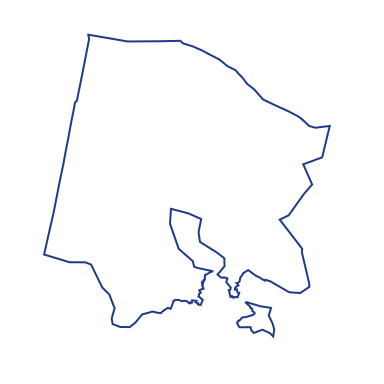 Odogbolu, Ogun, Nigeria, rotated 101°
{"feature_id": "59680162B50359341822283", "entity_name": "Odogbolu", "entity_type": "district", "adm_level": 2, "iso_a3": "NGA", "parent_name": "Nigeria", "parent_adm1": "Ogun", "projection": "robinson", "projection_center": [3.89, 6.792], "detail": "fine", "context": "isolated", "style": "outline", "palette": "blue", "viewbox_px": 384, "rotation_deg": 101, "n_neighbors": 0, "source": "geoboundaries", "source_scale": "gbopen_adm2", "svg_char_len": 4914}
<svg xmlns="http://www.w3.org/2000/svg" viewBox="0 0 384 384"><g transform="rotate(101 192 192)"><path d="M57.4,323.8L61.6,322.2L64.5,322.2L91.9,322.2L108.6,322.3L123.3,322.4L124.3,322.4L126.5,323.9L134.3,323.8L145.0,323.9L164.0,323.7L171.8,323.8L190.2,323.6L201.1,323.8L212.6,323.9L238.3,323.9L243.6,324.1L265.5,324.8L276.6,325.1L281.6,325.3L284.3,298.8L281.4,283.3L282.5,277.2L302.8,261.9L308.5,253.5L320.9,245.8L331.5,246.7L336.8,244.7L338.2,236.8L336.5,227.3L331.0,222.7L321.6,217.5L318.8,211.6L316.9,208.1L317.1,202.7L316.9,199.5L315.2,198.4L313.8,197.1L311.3,194.7L310.3,193.4L310.5,192.3L310.5,192.0L310.8,190.7L310.1,190.5L308.5,190.2L306.8,189.9L304.5,189.6L302.3,189.4L302.3,188.9L302.1,188.6L301.5,188.2L301.1,187.9L300.9,187.1L300.7,185.8L300.6,184.6L300.6,183.7L300.8,182.4L301.1,181.2L300.8,180.0L300.3,179.3L300.2,178.4L300.1,177.3L300.2,176.8L300.2,176.3L300.3,175.9L300.4,175.7L300.5,175.6L300.8,175.3L300.9,175.2L301.0,175.0L301.1,174.6L301.2,174.3L301.3,174.0L301.3,173.6L301.3,173.2L301.7,173.2L301.6,172.5L301.3,172.5L301.0,172.6L300.7,172.6L300.7,172.0L300.7,171.5L300.7,171.1L299.8,171.1L298.3,171.2L298.3,170.7L298.2,170.2L298.2,169.6L298.2,169.1L298.1,168.6L298.0,167.9L298.0,167.2L298.1,167.3L298.3,167.3L298.8,167.4L299.5,167.6L299.6,167.2L299.7,166.9L299.8,166.6L299.9,166.1L299.9,165.8L300.0,165.6L300.1,165.3L300.0,165.0L300.0,164.7L300.3,164.6L301.2,164.7L301.3,164.3L301.3,163.9L301.3,163.6L301.3,163.2L301.2,162.7L301.2,162.3L301.2,162.0L301.2,161.9L300.8,161.8L300.7,161.8L300.1,161.7L299.4,161.6L298.9,161.5L298.2,161.3L297.5,161.2L297.1,161.1L296.3,161.0L295.6,160.9L295.3,161.8L295.1,162.5L294.8,162.9L294.2,163.6L294.0,164.1L293.7,164.6L293.5,165.6L293.3,165.5L293.0,165.5L292.8,165.5L292.5,165.5L292.4,165.5L292.1,165.5L291.9,165.5L291.7,165.5L291.3,165.5L290.7,165.5L290.4,165.5L290.1,165.2L289.8,164.9L289.5,164.5L289.4,164.4L289.3,164.2L289.2,164.1L288.9,164.3L288.4,164.8L287.9,165.2L287.1,166.1L286.6,165.4L286.2,164.9L285.8,164.3L285.1,163.2L284.9,162.7L284.8,162.2L284.2,162.4L283.8,162.7L282.2,163.9L281.9,164.1L281.8,163.9L281.5,163.7L281.1,163.9L280.8,163.9L280.4,163.8L280.0,163.8L280.0,164.2L280.0,164.5L279.5,164.6L279.3,164.8L279.2,165.0L278.9,164.9L278.7,164.9L278.2,164.9L278.2,164.7L278.2,164.4L278.3,164.3L278.1,164.3L277.7,164.2L277.4,164.0L277.0,163.9L276.7,163.8L276.9,163.6L277.2,163.3L276.4,163.0L275.7,162.8L275.2,162.8L275.0,162.7L274.4,162.9L273.7,163.1L272.9,163.1L271.9,163.3L271.0,163.5L270.2,162.2L268.5,160.2L268.2,159.6L267.4,159.3L265.8,156.1L265.5,171.8L264.9,175.7L259.8,177.9L250.3,194.2L227.2,207.6L212.5,209.4L213.7,191.3L216.8,177.8L230.2,177.9L239.5,174.6L243.5,164.3L246.7,155.9L250.9,147.6L258.7,145.9L268.2,151.2L270.4,147.2L270.3,146.6L270.3,145.3L269.7,144.3L269.8,143.1L269.9,140.9L270.1,140.8L271.3,140.8L271.8,140.9L272.8,141.1L274.1,141.0L274.7,140.3L275.6,139.1L276.8,137.7L277.7,136.5L278.6,135.6L279.0,135.7L279.3,135.8L279.7,135.8L280.0,135.8L280.6,135.9L281.0,135.9L281.1,136.4L281.3,136.9L281.4,137.2L281.9,136.9L282.1,136.8L282.5,136.6L283.2,136.3L283.5,136.1L284.0,135.8L284.3,135.6L284.7,135.4L285.0,135.4L285.6,135.2L286.1,135.0L286.6,134.7L287.0,134.5L286.7,133.6L287.5,133.9L287.3,132.2L287.5,132.1L287.4,131.4L287.8,131.2L287.5,130.3L286.9,130.2L286.8,129.5L286.8,128.7L286.7,127.7L286.6,127.1L285.7,127.1L284.0,126.7L282.0,126.4L281.8,128.2L280.8,128.6L280.2,128.9L279.0,129.5L279.6,131.1L279.4,131.1L279.0,131.2L278.9,131.4L278.6,131.4L278.3,131.5L278.0,131.4L277.8,131.3L277.6,131.3L277.5,131.2L277.1,131.0L276.2,130.2L275.6,129.5L274.8,128.6L273.8,129.8L273.2,130.5L273.2,130.4L272.3,129.6L271.7,129.0L271.3,128.7L271.0,128.4L270.5,128.2L270.1,128.2L269.5,128.2L268.9,128.2L268.5,128.2L267.8,128.3L267.2,128.4L265.0,127.4L263.0,126.4L261.9,126.2L257.9,122.0L262.0,113.4L263.3,108.2L264.0,107.1L264.6,105.1L265.1,103.4L264.1,103.1L264.8,97.9L271.9,77.4L270.5,66.4L262.7,58.7L259.8,59.4L248.2,64.5L244.3,66.3L230.5,72.5L226.7,73.0L202.4,100.6L196.5,92.7L172.3,81.6L161.7,75.5L143.6,88.1L133.1,70.8L100.9,69.4L105.4,83.2L104.8,89.6L99.8,97.5L100.0,97.5L97.8,101.4L94.4,112.7L90.8,127.7L87.6,139.9L79.4,150.6L75.1,158.9L72.3,161.9L70.8,163.5L67.1,168.7L64.1,172.6L61.7,181.2L56.7,190.5L56.4,191.5L53.9,200.2L51.3,208.5L48.9,219.3L47.8,229.3L45.8,232.3L50.2,252.5L56.5,283.8L57.4,323.8ZM290.7,92.3L291.1,103.1L289.7,117.6L290.0,117.7L290.4,118.0L291.8,115.8L293.2,113.2L293.8,113.1L294.8,112.3L295.0,110.7L295.7,110.6L296.6,110.3L297.6,109.8L297.8,108.9L298.2,108.0L298.7,107.5L299.1,107.3L299.5,107.4L299.9,107.6L300.2,107.9L301.2,108.8L301.7,110.0L303.1,112.5L304.3,114.9L304.7,115.9L305.2,117.9L305.8,118.7L307.0,119.6L309.4,121.1L309.4,121.8L311.5,122.8L311.9,122.8L313.7,121.4L315.1,120.3L315.7,119.5L314.8,114.9L313.5,108.7L314.9,108.1L316.5,107.4L317.8,105.4L318.6,104.5L313.7,96.5L315.8,88.3L318.3,84.7L311.4,85.0L306.2,87.5L298.6,93.1L290.7,92.3Z" fill="none" stroke="#1e3a8a" stroke-width="2"/></g></svg>